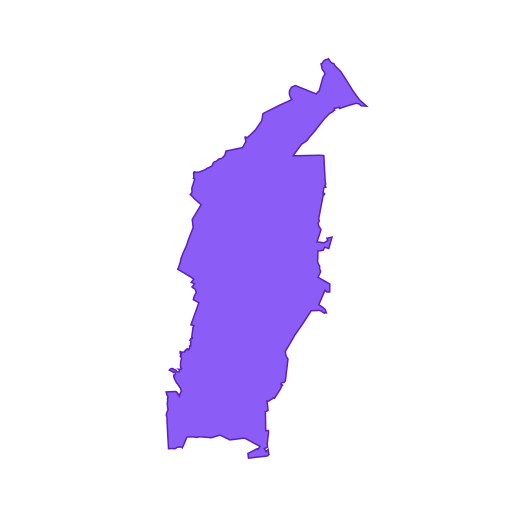 El Marqués, Querétaro, Mexico (Equal Earth projection), rotated 17°
{"feature_id": "50627088B31267515785152", "entity_name": "El Marqués", "entity_type": "district", "adm_level": 2, "iso_a3": "MEX", "parent_name": "Mexico", "parent_adm1": "Querétaro", "projection": "equal_earth", "projection_center": [-100.296, 20.736], "detail": "fine", "context": "isolated", "style": "filled", "palette": "violet", "viewbox_px": 512, "rotation_deg": 17, "n_neighbors": 0, "source": "geoboundaries", "source_scale": "gbopen_adm2", "svg_char_len": 5899}
<svg xmlns="http://www.w3.org/2000/svg" viewBox="0 0 512 512"><g transform="rotate(17 256 256)"><path d="M279.6,52.9L276.3,51.3L275.3,50.4L274.6,49.6L273.8,49.2L272.0,49.3L270.5,48.6L267.6,46.1L266.8,47.2L265.7,47.5L264.8,48.2L263.9,49.5L263.4,50.7L262.9,52.5L262.0,53.2L264.8,58.2L267.8,60.4L268.8,61.8L267.8,65.5L268.1,77.0L268.2,79.6L267.9,79.9L267.6,80.5L266.9,81.6L266.3,83.4L243.9,81.5L240.6,84.2L240.1,86.0L239.8,88.2L240.0,89.8L240.9,92.0L242.6,94.2L244.5,95.8L243.8,96.4L243.3,97.1L234.1,105.2L221.1,117.7L221.9,125.1L220.5,129.5L219.9,131.5L218.6,135.5L214.1,143.8L214.0,143.7L212.8,145.6L212.7,145.5L212.3,145.3L211.8,145.5L211.6,145.4L211.3,145.7L210.9,145.4L210.7,145.6L212.9,149.5L211.4,156.3L196.7,164.3L196.7,169.2L196.0,170.1L195.2,172.0L194.6,172.8L192.4,173.9L191.9,174.5L191.6,175.0L191.4,175.2L191.4,175.4L191.0,176.1L189.7,177.5L188.5,178.3L187.9,179.6L187.7,182.1L187.3,183.2L183.5,186.5L182.5,188.0L179.8,190.3L176.6,192.7L173.9,193.4L172.6,193.5L172.7,194.0L172.9,194.1L172.7,194.4L172.0,194.4L172.2,195.5L172.4,195.5L172.5,196.0L172.9,196.4L172.9,196.5L172.9,197.0L173.4,198.3L173.4,198.2L173.5,199.1L173.4,199.9L174.9,200.1L174.8,210.0L176.2,213.8L175.2,216.5L178.4,218.0L179.2,218.7L188.5,223.0L184.3,239.7L187.6,247.3L186.6,259.9L186.7,260.0L186.5,261.9L186.5,266.5L185.5,273.5L185.0,279.8L185.4,283.4L185.3,289.9L185.0,290.8L185.0,291.5L198.2,294.8L198.2,294.6L203.3,296.4L201.6,300.2L201.7,300.3L203.2,300.2L205.3,300.6L203.9,304.4L206.0,305.2L207.4,305.4L209.6,308.4L209.1,310.1L208.7,312.6L208.7,313.5L208.8,316.1L214.9,317.4L214.9,319.7L213.9,340.9L216.9,340.7L216.8,341.8L216.6,342.6L216.8,343.9L216.9,344.4L218.4,353.2L218.9,353.0L219.1,352.9L219.2,353.5L218.7,353.6L218.0,353.9L217.9,354.4L217.7,354.7L217.7,354.8L217.6,355.1L217.5,356.0L218.1,356.2L218.4,356.3L218.6,356.6L218.9,356.9L219.0,357.4L218.9,358.4L219.1,359.1L219.3,359.7L219.7,360.5L219.8,361.2L218.8,361.4L218.9,361.6L219.0,361.6L219.5,364.3L218.8,365.5L218.4,364.8L217.8,364.6L217.6,364.6L217.2,365.0L216.9,365.8L216.8,366.0L216.6,366.5L216.4,366.7L216.2,366.6L215.9,366.9L215.9,367.2L215.8,367.7L216.0,367.9L216.0,368.1L215.6,368.3L215.6,368.6L215.2,369.0L214.4,369.2L213.8,369.5L213.4,369.5L213.2,369.7L213.0,369.8L212.9,369.6L212.7,369.7L212.2,369.6L211.9,369.7L211.5,369.6L211.8,371.0L213.0,370.8L213.1,371.4L213.3,371.4L213.3,371.8L213.1,371.9L213.2,372.1L212.8,372.2L213.1,373.4L212.9,373.5L213.1,373.8L213.1,374.1L213.4,374.1L213.5,374.4L213.9,374.3L214.2,374.7L214.8,376.2L214.9,377.2L214.8,377.6L214.8,378.1L214.9,379.3L215.8,382.9L216.5,384.5L217.0,384.9L217.4,385.1L217.5,385.2L217.2,385.3L217.3,385.3L217.3,385.8L217.2,385.9L217.3,386.4L215.2,386.9L215.5,387.0L215.8,387.3L216.0,387.6L216.2,388.0L216.3,388.6L216.2,389.0L216.2,389.3L215.9,389.5L214.5,389.9L214.1,389.8L213.7,389.2L212.9,388.7L212.4,388.5L211.3,388.5L209.3,388.0L208.6,388.1L207.8,388.5L207.2,389.0L206.8,389.8L206.5,390.5L210.3,391.0L210.9,391.7L211.4,391.1L211.5,390.9L212.2,390.7L213.2,391.7L213.1,392.5L213.2,393.1L213.1,393.4L212.2,393.9L212.3,394.4L213.1,395.8L212.9,395.9L215.2,398.6L217.3,400.7L217.7,400.9L218.0,400.9L218.1,401.1L221.3,403.7L222.3,404.3L223.0,405.3L222.9,405.3L223.8,406.5L224.0,407.2L224.2,407.4L224.0,407.6L223.9,408.4L223.7,410.0L223.6,412.3L222.7,410.9L222.0,411.4L221.9,411.4L221.9,411.1L221.0,409.9L219.9,409.8L219.8,409.2L218.6,409.1L209.8,412.3L210.6,413.4L210.9,414.1L211.0,414.4L212.9,416.3L213.3,419.3L213.8,419.9L213.9,420.4L213.9,421.3L214.2,422.0L214.1,422.5L214.3,423.0L214.4,423.6L215.1,424.8L215.4,426.0L216.1,427.1L216.2,427.6L216.4,427.7L216.7,428.5L216.7,429.0L216.7,429.6L216.5,432.1L216.6,434.1L216.8,434.5L217.7,435.8L218.1,436.5L219.7,441.7L220.5,443.3L221.4,446.1L222.4,448.8L228.7,465.9L230.7,465.2L231.4,464.8L234.7,464.1L234.9,464.0L236.6,462.0L237.3,461.5L237.6,461.4L238.1,461.5L238.8,460.9L239.7,460.7L241.0,460.6L241.6,461.0L242.0,458.2L242.9,449.2L248.6,447.4L252.1,446.9L255.0,445.3L266.5,442.8L273.8,437.9L274.1,437.8L284.8,439.5L298.0,433.6L300.6,433.9L302.7,434.3L315.4,436.9L314.4,440.5L313.5,439.9L306.0,447.2L307.9,451.5L325.2,444.0L326.5,442.0L326.0,441.5L324.1,437.5L322.9,440.1L320.3,437.7L323.0,435.5L322.0,433.2L321.6,432.1L320.0,423.7L319.8,422.0L318.9,419.2L316.4,420.3L310.5,402.0L312.7,400.3L310.7,395.3L308.8,391.5L310.8,390.9L311.7,389.5L314.0,387.1L314.1,386.4L315.3,386.6L318.3,375.9L318.7,372.1L319.2,372.0L319.1,371.6L318.8,371.5L317.9,371.5L317.8,372.0L317.6,371.8L317.4,371.4L317.3,370.3L318.3,369.2L319.7,368.9L320.6,366.8L317.9,351.8L316.7,345.2L314.0,342.9L311.9,338.8L314.9,326.3L316.2,320.4L320.6,306.7L324.8,292.2L330.7,290.2L332.1,289.5L334.0,289.5L336.7,290.4L338.2,290.7L338.4,290.3L338.4,290.1L340.0,289.8L337.6,286.8L335.1,285.7L330.3,284.2L332.0,268.5L334.2,269.7L337.0,268.9L334.8,261.2L321.6,258.2L322.4,252.1L320.4,249.3L319.9,247.2L317.6,244.9L316.4,243.0L315.9,240.7L313.8,233.2L318.7,230.8L318.8,229.4L319.2,227.5L323.4,227.6L323.2,215.7L318.6,218.3L320.1,220.1L317.1,223.7L313.6,224.0L311.9,224.4L310.8,224.5L310.3,224.7L310.3,220.3L310.4,218.3L310.4,212.8L310.4,211.7L307.8,209.5L306.7,208.1L305.9,206.8L305.7,206.4L305.9,205.6L306.2,204.8L306.2,204.7L306.2,203.7L305.7,203.1L305.6,202.9L305.4,202.6L305.1,202.4L302.5,178.3L303.0,178.0L303.4,177.4L303.6,176.7L303.0,176.2L302.6,176.1L302.4,176.2L302.2,176.5L301.8,176.7L300.9,170.5L301.2,170.3L302.7,169.8L302.5,169.4L302.0,169.2L301.5,168.7L301.3,168.4L301.5,168.1L301.6,167.5L301.6,166.7L301.1,166.0L300.2,164.0L291.5,140.1L287.2,141.1L262.3,149.3L262.6,147.9L266.9,135.8L269.5,132.6L271.0,130.7L271.4,129.8L272.1,127.3L276.3,118.0L276.3,117.7L276.5,117.4L276.6,116.8L281.5,104.3L284.8,98.0L286.5,96.5L287.6,94.9L287.5,94.4L288.6,93.4L287.6,91.9L290.1,90.7L292.0,89.5L292.8,90.5L299.0,86.0L307.2,80.6L310.3,80.5L312.7,81.6L318.0,80.4L309.3,76.4L300.9,70.1L288.9,59.6L285.3,56.7L283.7,55.2L279.6,52.9Z" fill="#8b5cf6" stroke="#5b21b6" stroke-width="1.5"/></g></svg>